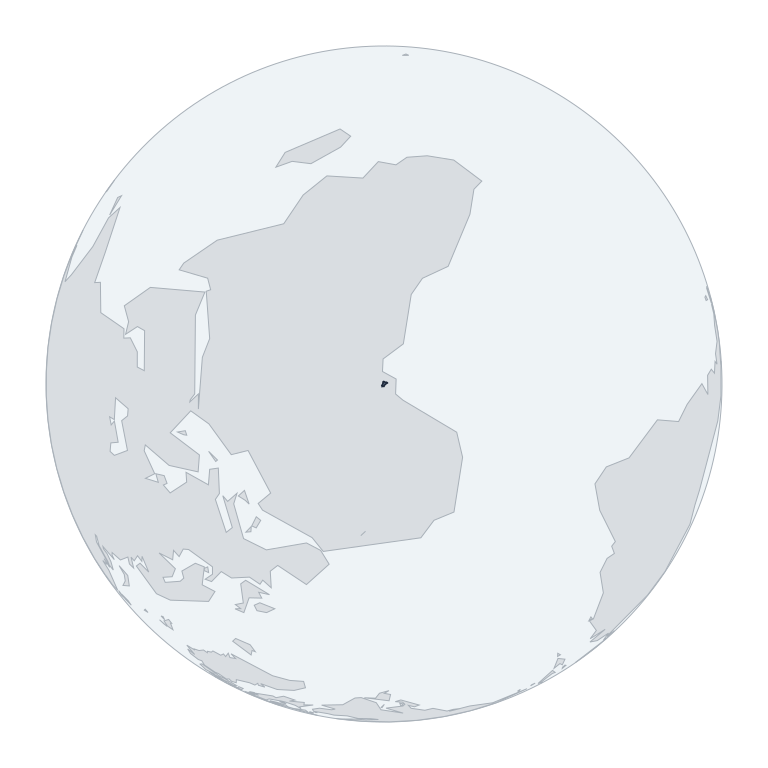 Anambra on an orthographic globe, rotated 220°
{"feature_id": "NGA-2857", "entity_name": "Anambra", "entity_type": "State", "adm_level": 1, "iso_a3": "NGA", "parent_name": "Nigeria", "parent_adm1": "", "projection": "orthographic", "projection_center": [6.939, 6.235], "detail": "fine", "context": "on_globe", "style": "filled", "palette": "slate", "viewbox_px": 768, "rotation_deg": 220, "n_neighbors": 0, "source": "natural_earth", "source_scale": "10m", "svg_char_len": 9016}
<svg xmlns="http://www.w3.org/2000/svg" viewBox="0 0 768 768"><g transform="rotate(220 384 384)"><circle cx="384" cy="384" r="338" fill="#eef3f6" stroke="#a8b0b8"/><path d="M263.7,68.2L264.6,67.9L256.9,70.9L265.6,67.7L272.1,65.3L278.0,63.3L280.1,62.8L270.7,66.1L268.3,66.9L266.7,67.7L261.1,69.8L265.0,68.5L253.4,73.3L267.9,68.0L261.1,71.5L252.6,74.9L249.7,75.1L222.8,87.0L221.8,87.5L263.7,68.2ZM205.9,96.8L202.8,98.8L190.9,108.6L182.0,115.1L172.6,123.4L179.2,119.0L188.9,111.1L198.9,106.1L209.5,98.2L215.1,95.4L227.6,88.0L229.7,88.9L225.0,94.2L214.8,100.7L212.4,103.6L225.4,97.9L209.4,111.8L204.4,124.8L199.9,129.1L185.1,134.9L176.9,132.5L157.8,144.2L174.1,137.0L162.5,149.5L162.2,152.1L165.2,152.2L171.2,147.9L168.0,152.8L150.7,160.7L153.2,156.3L158.7,153.5L154.8,153.0L143.0,160.3L138.0,167.0L125.5,174.0L121.8,179.3L117.0,184.4L123.7,175.2L111.3,192.5L95.8,209.7L78.6,242.5L91.2,216.0L93.0,212.2L107.8,189.3L124.3,167.8L142.5,147.6L162.3,129.0L183.5,112.0L205.9,96.8ZM58.4,293.5L58.0,295.3L52.4,318.8L50.3,332.0L51.4,330.1L51.9,337.5L55.7,324.5L60.4,318.7L56.9,338.2L62.3,321.4L62.9,331.7L74.4,334.6L72.6,338.7L81.7,365.0L97.4,378.6L101.0,393.8L98.6,402.3L105.3,406.1L105.5,412.0L137.5,425.9L158.2,443.1L160.4,463.4L148.8,484.9L151.5,532.3L134.2,544.6L138.7,563.3L140.7,588.6L129.1,584.1L141.7,598.7L142.8,605.7L137.8,604.7L144.9,614.1L141.6,613.2L149.5,620.3L156.3,630.8L168.4,641.4L176.4,649.7L184.5,655.7L183.1,655.0L184.8,656.6L189.0,659.7L179.3,652.8L179.2,652.8L162.7,639.4L156.1,633.3L154.0,631.5L138.5,615.3L140.6,618.1L118.4,591.7L104.6,570.3L74.0,505.3L68.1,491.3L59.5,473.3L48.2,421.1L47.0,401.7L46.4,391.6L48.6,365.2L50.8,338.5L50.8,334.1L49.0,343.2L50.3,330.6L58.4,293.5ZM73.5,253.6L70.8,272.9L67.5,273.1L69.0,270.4L70.7,262.9L72.2,255.5L70.6,257.6L73.5,253.6ZM83.1,236.7L83.1,234.9L83.7,235.3L83.1,236.7ZM225.6,88.2L226.5,88.1L223.7,89.5L225.6,88.2ZM230.1,85.3L226.2,87.0L227.7,85.9L230.1,84.9L230.1,85.3ZM234.6,83.6L231.0,83.8L233.8,82.1L245.3,77.0L234.6,83.6ZM273.2,64.8L266.4,67.3L270.1,65.8L273.2,64.8ZM280.7,62.4L280.3,62.4L289.9,59.4L292.4,58.9L288.5,60.0L280.7,62.4ZM287.4,60.4L293.5,58.9L290.8,60.0L281.7,62.3L287.4,60.4ZM294.3,58.2L294.2,58.2L294.1,58.3L294.3,58.2ZM284.9,64.3L284.3,63.7L289.2,62.0L284.9,64.3ZM295.9,58.3L296.8,57.9L298.6,57.4L302.0,56.7L295.9,58.3ZM314.0,53.4L314.9,53.2L305.8,55.3L306.2,55.2L314.0,53.4ZM311.0,54.5L300.5,57.6L300.7,58.8L296.2,60.2L296.8,58.2L311.0,54.5ZM308.8,54.7L309.2,54.8L303.5,56.1L299.7,56.9L308.8,54.7ZM312.2,54.5L314.7,53.8L312.9,54.4L312.2,54.5ZM322.1,51.8L321.3,52.0L319.6,52.3L320.8,52.0L322.1,51.8ZM321.2,52.5L317.8,53.3L315.1,53.7L321.2,52.5ZM322.1,52.0L326.0,51.3L316.2,53.3L320.9,52.2L322.1,52.0ZM323.9,51.5L324.9,51.3L324.3,51.5L323.9,51.5ZM333.3,51.1L321.5,53.6L315.6,54.1L327.9,51.5L333.3,51.1ZM199.6,666.5L182.1,654.9L190.0,660.5L185.4,656.5L198.3,664.7L199.6,666.5ZM190.3,656.6L190.9,655.0L194.0,656.8L194.3,658.5L190.3,656.6ZM713.4,308.5L707.3,286.0L708.4,292.9L704.7,280.6L694.1,257.3L693.7,266.8L695.4,302.1L701.8,334.2L699.7,349.5L682.1,305.5L670.8,275.7L666.6,279.6L646.8,256.6L618.7,259.2L612.8,251.9L608.0,256.3L593.7,250.1L583.9,238.4L576.2,240.1L601.7,271.0L609.8,269.5L613.9,256.0L619.7,267.6L633.2,277.0L625.1,307.8L580.3,339.3L572.8,315.6L522.6,254.7L522.3,247.6L522.0,246.8L521.2,245.4L519.8,257.1L510.1,245.5L540.3,287.7L546.7,306.7L579.8,340.8L577.4,344.8L587.1,351.7L614.3,339.8L615.1,347.9L604.2,387.0L563.8,442.3L567.4,476.8L561.5,506.7L532.5,528.2L531.3,550.7L515.7,559.6L512.2,572.4L497.6,586.6L474.5,600.4L439.5,602.3L440.3,591.0L427.3,569.3L410.5,515.4L422.5,489.7L420.7,470.1L395.0,427.2L400.8,402.6L393.2,392.6L377.9,395.6L368.7,383.8L359.1,383.8L297.3,393.8L276.7,378.4L248.1,330.9L258.1,311.7L256.9,289.9L322.9,216.7L340.3,220.1L396.0,209.3L403.6,211.6L400.7,227.6L445.4,245.7L455.6,231.7L492.5,240.9L514.8,239.2L516.4,209.2L479.8,211.0L469.9,197.2L496.3,183.5L527.7,183.9L524.8,178.7L502.0,167.9L506.1,158.4L493.7,163.6L501.1,168.6L493.5,172.5L486.3,168.4L488.1,164.8L477.8,163.1L472.1,182.0L478.9,189.1L453.7,193.9L462.7,206.6L456.9,213.1L439.7,194.3L439.0,187.2L409.5,168.9L407.9,176.5L435.7,194.8L428.3,193.6L426.4,205.8L422.1,195.6L392.2,175.3L367.5,181.3L341.2,212.4L325.6,215.8L310.2,210.7L314.5,180.5L348.8,176.7L350.8,167.5L339.4,155.4L350.8,155.8L350.3,150.9L362.9,149.6L376.1,137.4L388.1,135.7L389.1,121.8L395.5,119.5L393.1,128.0L397.9,133.7L427.3,131.6L431.7,128.5L430.0,120.1L438.3,121.3L432.9,113.5L447.7,110.0L425.1,108.4L422.4,100.2L429.0,93.9L424.1,91.4L413.3,101.9L412.6,106.6L418.6,110.8L413.3,125.4L404.1,128.4L394.2,113.3L380.1,116.4L378.6,104.7L408.7,81.1L423.5,77.1L456.7,85.4L455.7,89.9L443.3,88.7L458.6,96.5L455.5,92.5L462.4,94.0L461.7,88.0L466.5,88.8L457.5,82.1L463.3,82.5L469.0,86.8L472.8,79.8L483.9,80.1L482.4,78.2L477.7,76.1L494.9,78.9L493.0,77.4L486.7,75.9L478.9,72.3L471.8,67.5L478.2,68.7L481.6,70.6L498.2,77.0L506.3,82.7L508.2,82.9L502.7,78.2L482.3,70.3L476.3,67.2L486.2,70.3L482.1,68.8L481.1,67.7L486.0,68.0L475.3,64.6L455.4,54.8L462.9,55.6L474.0,58.6L470.0,57.2L493.5,64.3L516.4,73.1L538.5,83.5L559.9,95.5L580.4,109.0L599.8,123.9L618.1,140.3L635.1,157.9L650.8,176.7L665.2,196.5L678.0,217.4L689.3,239.2L699.0,261.7L707.0,284.8L713.4,308.5ZM304.3,252.9L303.5,259.3L304.3,252.9ZM564.1,200.6L580.8,200.9L567.7,183.4L573.1,182.5L566.7,177.3L566.7,182.3L550.2,168.5L555.4,163.3L550.5,156.3L544.7,156.0L537.8,168.2L561.4,187.3L559.9,194.7L564.1,200.6ZM74.9,334.4L75.8,338.6L73.6,338.2L74.9,334.4ZM64.6,280.6L65.2,281.7L64.7,285.0L63.8,285.4L64.6,280.6ZM75.9,286.9L77.8,289.4L74.8,290.0L75.9,286.9ZM71.0,275.5L74.3,285.6L68.5,289.5L66.9,283.5L69.5,282.9L71.0,275.5ZM77.7,247.0L77.5,248.8L75.9,252.0L77.7,247.0ZM83.5,237.1L83.2,237.2L84.3,234.3L83.5,237.1ZM163.5,149.0L164.8,148.5L166.7,149.6L163.6,151.3L163.5,149.0ZM188.7,144.2L183.1,152.3L184.9,147.2L179.4,150.4L176.5,144.6L197.4,131.0L188.5,137.9L188.7,144.2ZM178.3,134.5L177.8,138.8L177.5,134.7L178.3,134.5ZM335.6,128.7L341.2,131.1L338.5,136.6L323.2,141.6L327.0,133.4L335.6,128.7ZM349.9,133.5L344.4,118.8L353.6,116.0L349.4,119.8L356.1,119.5L351.0,125.8L365.3,138.8L363.8,144.7L336.3,149.0L346.1,143.9L340.0,141.4L349.9,133.5ZM313.8,95.0L311.6,91.0L334.6,89.7L334.1,93.7L318.9,98.2L310.5,96.2L313.8,95.0ZM255.6,75.7L253.2,76.1L255.8,74.9L260.0,73.6L255.6,75.7ZM284.2,64.2L268.6,73.6L265.1,74.3L260.2,80.3L249.1,84.6L252.6,80.3L240.4,88.8L239.1,86.7L231.9,92.6L241.0,82.6L239.4,81.9L245.4,80.8L255.7,76.7L259.6,74.7L269.6,68.9L271.2,66.3L281.7,62.7L288.7,60.9L289.9,60.9L282.7,63.0L289.5,61.6L280.0,64.9L284.2,64.2ZM364.1,54.9L355.2,55.1L367.2,57.2L357.8,58.6L359.8,58.8L354.4,60.9L351.3,64.2L346.6,64.6L347.4,65.8L343.9,67.6L343.5,69.5L334.7,71.3L333.5,74.0L330.1,73.4L330.3,77.7L326.2,75.4L321.2,78.3L327.8,79.0L281.8,88.9L265.6,96.4L254.4,104.5L248.9,100.8L255.9,91.5L269.5,81.3L285.9,75.2L280.4,75.2L286.6,72.5L288.3,73.6L289.4,70.4L295.0,68.7L307.1,62.6L305.2,60.2L309.6,58.3L313.1,58.5L315.0,56.7L324.6,55.8L328.0,54.7L340.8,53.3L345.7,54.9L349.1,53.6L359.0,53.2L364.1,54.9ZM336.9,50.7L344.8,51.2L343.6,52.6L321.8,54.6L317.4,55.8L303.3,58.2L305.5,56.4L309.3,55.8L313.5,54.8L311.1,55.7L316.1,54.3L321.6,53.6L326.9,52.5L328.0,52.8L336.9,50.7ZM410.1,205.3L415.5,205.7L423.6,204.6L422.5,212.8L410.1,205.3ZM389.4,191.6L394.1,190.3L396.5,200.2L390.8,200.3L389.4,191.6ZM394.6,181.7L394.1,189.5L391.0,185.3L394.6,181.7ZM397.1,126.8L401.8,125.5L403.1,127.4L401.5,130.6L397.1,126.8ZM397.6,65.2L392.8,64.2L393.7,63.5L387.7,60.1L394.2,59.4L400.3,61.1L397.6,65.2ZM511.3,214.5L506.2,220.5L502.2,218.0L504.8,216.4L511.3,214.5ZM463.1,216.5L475.1,219.7L462.7,218.7L463.1,216.5ZM403.7,63.8L400.5,62.4L405.7,63.0L403.7,63.8ZM398.6,58.8L404.4,59.1L394.3,58.9L398.6,58.8ZM581.2,647.5L579.3,650.9L576.3,651.7L581.2,647.5ZM608.6,497.9L581.6,551.1L568.8,552.4L569.5,537.6L581.6,505.8L597.5,495.5L606.2,480.6L608.6,497.9ZM721.5,367.2L720.2,353.0L720.5,352.9L720.5,353.0L721.5,367.2ZM702.8,337.1L707.9,355.7L706.1,359.5L702.8,337.1ZM454.5,61.9L455.6,66.8L460.6,71.2L470.2,74.6L457.2,72.6L449.3,65.6L454.5,61.9ZM454.6,55.2L446.2,53.3L449.4,53.5L451.8,54.0L454.6,55.2ZM449.9,54.4L440.4,53.5L435.4,52.1L443.9,53.0L449.9,54.4ZM422.3,56.7L422.2,58.0L417.9,57.3L422.3,56.7Z" fill="#d9dde1" stroke="#a8b0b8" stroke-width="1"/><path d="M382.0,387.0L382.1,386.8L382.1,386.6L382.3,386.3L382.5,385.9L382.5,385.7L382.6,385.4L382.6,385.1L382.6,384.9L382.8,384.8L382.9,384.7L383.0,384.4L382.9,384.3L382.9,384.2L382.8,383.8L382.7,383.5L382.6,383.2L382.5,382.6L382.5,382.4L382.5,382.2L382.8,382.3L382.9,382.2L383.1,382.0L383.3,381.5L383.4,381.2L383.8,380.8L383.9,381.0L384.2,381.2L384.6,381.3L384.8,381.4L384.9,381.8L384.6,382.2L384.4,382.6L384.5,382.8L384.8,382.9L385.0,383.1L385.2,383.5L385.1,383.8L385.1,384.0L385.3,384.0L385.6,384.3L385.6,384.5L385.7,384.8L385.8,385.0L386.1,385.2L386.3,385.1L386.4,385.3L386.5,385.3L386.1,385.5L385.8,385.8L385.6,385.9L385.3,386.0L384.8,385.8L384.5,385.9L384.3,385.9L384.1,386.1L384.0,386.3L383.7,386.8L383.3,386.7L382.8,386.9L382.4,387.2L382.2,387.2L382.0,387.0Z" fill="#64748b" stroke="#1e293b" stroke-width="1.5"/></g></svg>